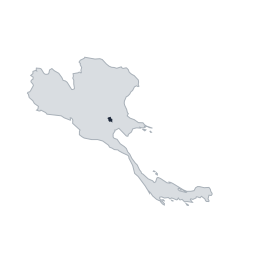 Ban Na, Nakhon Nayok, Thailand shown in context, rotated 310°
{"feature_id": "78962969B12368211729718", "entity_name": "Ban Na", "entity_type": "district", "adm_level": 2, "iso_a3": "THA", "parent_name": "Thailand", "parent_adm1": "Nakhon Nayok", "projection": "equal_earth", "projection_center": [101.083, 14.274], "detail": "fine", "context": "in_parent", "style": "filled", "palette": "slate", "viewbox_px": 256, "rotation_deg": 310, "n_neighbors": 0, "source": "geoboundaries", "source_scale": "gbopen_adm2", "svg_char_len": 4531}
<svg xmlns="http://www.w3.org/2000/svg" viewBox="0 0 256 256"><g transform="rotate(310 128 128)"><path d="M112.8,20.3L113.0,21.4L113.9,20.0L115.0,19.3L117.1,22.3L117.4,23.6L115.8,28.5L116.0,30.1L117.0,31.4L118.3,32.2L119.5,32.0L122.0,30.6L124.6,31.5L124.5,34.7L125.4,39.8L124.1,45.0L122.8,47.6L123.8,49.9L123.9,52.0L121.3,60.1L121.8,60.8L123.5,61.7L124.1,61.4L126.8,58.2L129.8,55.7L130.7,53.6L132.6,52.9L134.3,51.0L138.2,54.3L139.2,54.6L139.7,55.1L139.9,56.5L140.4,56.7L142.0,54.8L144.6,53.6L145.7,50.8L146.9,50.0L146.8,48.6L147.2,48.1L149.3,47.9L152.6,49.4L153.8,49.7L154.4,49.4L159.6,58.4L163.0,61.9L163.9,64.3L163.1,70.4L163.2,73.8L164.0,76.5L165.4,78.4L166.5,81.0L170.5,83.5L170.1,84.2L170.4,85.9L172.8,87.8L173.1,88.4L172.8,90.9L171.7,92.7L171.5,94.3L171.5,96.2L172.1,99.1L171.4,105.0L169.9,106.7L168.0,107.8L167.0,109.5L166.2,109.1L165.8,107.4L163.7,106.5L159.7,107.4L157.7,107.0L155.0,107.5L152.4,107.3L150.8,106.6L146.4,107.9L144.6,109.1L143.3,110.8L141.3,115.1L139.3,117.8L139.3,118.9L136.8,119.6L136.9,123.3L138.4,127.4L138.8,132.5L141.6,136.1L141.1,138.6L141.4,141.1L143.6,146.8L142.0,144.1L141.7,142.2L139.9,139.4L139.3,140.8L137.1,138.7L136.2,136.6L135.8,137.5L133.7,134.5L131.5,132.9L130.3,132.2L127.2,133.2L123.3,132.4L121.8,133.2L121.2,132.7L120.8,131.8L121.9,121.2L118.5,119.9L117.9,119.2L117.2,120.0L113.9,120.4L111.5,122.4L111.2,124.0L112.3,126.9L110.9,132.2L111.4,137.1L111.2,139.9L109.5,143.3L109.1,146.1L107.2,150.4L105.9,155.7L105.6,158.9L103.4,163.6L102.8,166.3L102.0,167.4L102.3,169.5L102.0,176.1L103.4,180.8L103.0,183.1L104.5,183.8L108.2,182.3L109.4,182.7L110.2,185.3L111.1,193.1L112.6,195.5L113.0,194.3L113.7,195.6L114.3,197.9L116.2,210.2L117.2,213.5L116.1,212.7L115.4,208.8L114.4,208.6L114.7,206.2L114.1,205.3L113.0,206.0L113.0,207.9L115.9,214.0L117.7,214.2L120.0,216.9L122.5,218.9L125.6,218.2L127.8,218.9L129.1,220.5L131.2,224.7L134.5,228.2L134.0,230.4L132.7,232.1L132.0,234.4L131.1,235.1L129.8,235.1L128.5,233.2L125.1,234.9L124.4,236.8L123.6,237.2L122.1,235.2L122.2,234.1L123.1,232.4L122.9,228.2L120.9,228.1L119.6,224.9L119.1,224.6L118.2,225.1L115.0,223.6L114.1,221.6L113.2,221.8L112.5,225.2L109.7,220.6L107.8,218.7L108.1,215.3L106.8,214.5L106.2,213.6L106.7,211.5L104.9,211.9L104.1,211.3L103.0,207.6L102.2,206.1L101.0,206.1L100.6,205.4L100.7,203.6L97.8,201.0L96.9,198.1L95.5,196.8L94.6,197.2L93.7,199.3L93.1,199.1L92.4,198.5L91.7,195.6L91.8,190.5L92.7,187.5L93.2,182.7L94.6,178.6L97.4,166.9L97.5,162.3L102.3,155.7L105.5,148.1L106.6,147.0L107.0,145.6L105.4,139.6L104.6,135.4L104.7,134.3L102.7,131.4L102.2,128.2L101.7,127.1L101.5,126.1L102.3,124.1L101.8,117.0L99.6,112.1L95.7,107.5L92.1,100.8L91.7,98.4L91.6,95.1L94.4,92.8L95.6,92.6L96.0,82.6L98.5,80.7L99.0,79.9L99.3,78.2L98.7,77.2L97.1,78.9L96.8,78.5L94.8,72.6L94.4,69.0L86.5,57.0L86.9,55.0L85.7,49.8L84.5,49.7L83.8,48.8L82.9,46.5L84.5,46.8L87.0,45.5L86.6,40.5L87.7,37.6L87.8,32.8L89.8,30.0L90.0,28.6L91.1,28.4L92.4,29.4L93.9,29.4L99.8,28.2L100.5,26.9L100.9,24.3L101.5,23.5L102.8,23.3L104.3,23.8L106.0,22.7L105.7,19.7L108.5,20.2L110.3,18.8L112.8,20.3ZM93.9,200.6L93.5,204.5L92.3,205.3L92.0,203.0L92.6,199.4L92.9,200.3L93.9,200.6ZM112.0,178.3L111.8,180.1L110.8,180.7L110.6,178.7L112.0,178.3ZM136.8,140.3L138.1,142.9L136.6,142.7L136.4,140.2L136.8,140.3ZM107.5,224.0L106.8,222.9L107.4,221.1L107.9,223.3L107.5,224.0ZM95.7,201.1L95.5,203.2L94.9,200.3L95.7,201.1ZM112.1,176.6L111.5,176.4L111.1,175.2L111.7,175.2L112.1,176.6ZM100.6,207.3L101.3,209.8L100.5,208.7L100.6,207.3ZM140.0,147.2L139.8,148.7L139.2,148.1L139.6,147.0L140.0,147.2ZM92.6,185.8L91.9,186.4L92.4,184.9L92.6,185.8Z" fill="#d9dde1" stroke="#a8b0b8" stroke-width="1"/><path d="M124.1,107.8L124.1,107.7L124.0,107.4L123.9,107.3L123.7,107.2L123.4,107.1L123.2,107.2L123.1,106.9L123.0,106.7L122.9,106.7L122.9,106.8L122.9,107.0L123.0,107.2L123.0,107.3L122.9,107.4L122.9,107.5L122.8,107.8L122.7,107.9L122.8,107.9L122.7,107.9L122.7,108.0L122.5,108.3L122.4,108.4L122.2,108.4L122.2,108.5L121.9,108.7L121.8,108.8L121.8,109.0L121.7,109.0L121.7,109.3L121.9,109.2L121.9,109.4L121.9,109.5L122.0,109.5L122.2,109.8L122.3,110.0L122.3,109.9L122.4,110.0L122.5,110.0L122.7,110.3L122.7,110.5L122.8,110.6L122.8,110.8L123.1,110.5L123.3,110.5L123.4,110.4L123.4,110.2L123.5,110.0L123.6,109.9L123.5,109.7L123.8,109.7L123.7,109.5L123.7,109.4L123.7,109.2L123.8,109.0L123.8,108.9L123.8,109.0L123.8,108.9L123.8,109.0L123.8,108.9L123.8,108.7L123.7,108.7L123.8,108.5L123.8,108.4L124.0,108.3L123.9,108.3L124.0,108.2L123.9,108.2L123.9,107.9L124.0,107.8L124.1,107.8Z" fill="#64748b" stroke="#1e293b" stroke-width="1.5"/></g></svg>